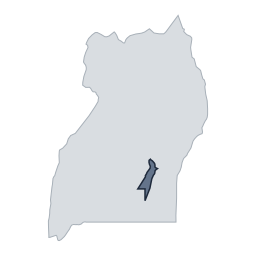 Buikwe on a map of Uganda (Equal Earth projection)
{"feature_id": "UGA-5597", "entity_name": "Buikwe", "entity_type": "District", "adm_level": 1, "iso_a3": "UGA", "parent_name": "Uganda", "parent_adm1": "", "projection": "equal_earth", "projection_center": [33.033, 0.062], "detail": "fine", "context": "in_parent", "style": "filled", "palette": "slate", "viewbox_px": 256, "rotation_deg": 0, "n_neighbors": 0, "source": "natural_earth", "source_scale": "10m", "svg_char_len": 2549}
<svg xmlns="http://www.w3.org/2000/svg" viewBox="0 0 256 256"><path d="M176.0,222.1L172.8,222.1L167.6,222.1L162.4,222.1L157.1,222.1L151.9,222.1L146.7,222.1L141.4,222.1L136.2,222.1L131.0,222.1L125.8,222.1L120.5,222.1L115.3,222.1L110.1,222.1L104.9,222.1L99.6,222.1L94.4,222.1L89.2,222.1L86.1,222.1L85.5,222.0L85.1,221.8L83.1,222.3L81.1,224.1L78.9,224.8L76.6,224.5L76.3,224.7L75.1,224.6L73.4,224.5L71.9,225.0L70.7,226.5L69.5,229.1L67.4,232.1L65.7,234.7L64.3,236.6L61.0,239.7L59.2,240.6L58.3,240.5L57.8,239.9L56.8,236.0L56.1,235.3L49.8,237.4L48.8,237.4L48.9,236.2L48.5,226.8L48.4,221.1L49.2,217.6L49.7,213.4L49.8,209.8L50.9,203.6L50.5,199.9L52.0,186.9L52.4,184.8L53.0,178.5L53.9,176.6L54.7,175.8L55.8,172.0L57.9,165.8L59.3,162.7L59.0,155.7L59.3,151.0L59.6,150.0L62.7,148.2L66.7,143.9L68.3,138.8L70.7,135.5L75.3,133.4L89.0,115.8L95.3,106.3L98.1,101.5L98.2,99.7L98.7,97.4L97.6,95.6L96.3,94.0L95.9,92.5L94.7,91.8L93.1,91.8L92.0,90.7L90.8,88.6L89.6,87.3L85.7,87.4L82.7,85.2L82.8,82.2L83.9,76.4L86.2,69.7L86.3,67.8L86.0,66.3L85.5,64.9L84.4,63.6L83.5,62.0L84.2,57.2L85.7,52.5L86.8,50.1L88.0,47.5L87.6,45.3L86.0,44.2L86.8,42.1L88.6,38.5L92.1,34.9L95.2,32.6L97.2,32.5L101.2,34.5L104.8,36.7L106.8,36.8L109.2,35.9L114.2,31.9L115.4,33.2L116.8,35.6L118.4,39.6L121.5,41.4L123.0,42.7L124.1,43.1L124.7,42.7L125.9,39.6L127.3,37.9L130.0,35.7L135.8,34.0L140.0,33.4L141.7,33.1L144.7,32.0L149.4,28.8L154.0,33.0L159.0,33.8L163.8,33.8L165.3,32.5L166.2,31.5L171.2,24.7L178.1,15.4L182.7,28.5L184.3,29.2L184.1,30.4L183.7,31.5L186.7,34.6L190.4,36.3L191.7,37.9L191.8,39.6L190.6,47.3L190.8,49.5L192.0,57.2L194.2,58.9L196.2,66.6L200.1,69.9L200.7,70.8L201.6,74.6L202.8,78.7L203.7,79.6L204.3,79.9L205.5,84.2L204.8,86.7L205.7,94.1L207.2,100.8L207.6,108.7L207.6,112.2L207.6,114.3L207.2,117.3L206.5,119.1L205.3,120.8L203.9,123.5L202.7,126.3L201.9,127.7L202.5,132.0L202.3,133.1L202.0,133.7L200.2,134.3L197.9,135.5L196.6,136.6L194.6,138.8L193.0,141.2L190.9,148.1L187.5,153.5L186.9,155.2L183.6,158.5L182.1,162.4L181.2,167.3L180.0,170.8L177.2,175.5L176.6,183.1L176.6,198.2L175.9,215.4L176.0,222.1Z" fill="#d9dde1" stroke="#a8b0b8" stroke-width="1"/><path d="M150.4,159.2L150.8,159.8L152.4,160.9L154.1,162.8L154.8,164.0L155.0,165.5L154.9,166.9L155.8,167.8L157.5,168.6L156.1,169.6L155.1,170.6L154.9,172.0L154.6,173.7L153.4,175.2L151.8,178.8L149.9,188.2L145.0,200.7L145.0,188.9L137.8,188.9L142.8,181.0L145.4,176.9L145.4,175.5L146.3,174.2L147.1,172.3L148.8,170.0L150.1,168.2L150.3,166.0L149.5,164.5L149.0,162.2L149.1,160.3L150.4,159.2Z" fill="#64748b" stroke="#1e293b" stroke-width="1.5"/></svg>